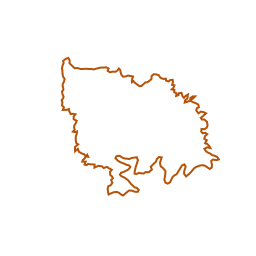 Diamante do Sul, Paraná, Brazil, rotated 126°
{"feature_id": "56859067B73289338491032", "entity_name": "Diamante do Sul", "entity_type": "district", "adm_level": 2, "iso_a3": "BRA", "parent_name": "Brazil", "parent_adm1": "Paraná", "projection": "mercator", "projection_center": [-52.698, -24.994], "detail": "fine", "context": "isolated", "style": "outline", "palette": "amber", "viewbox_px": 256, "rotation_deg": 126, "n_neighbors": 0, "source": "geoboundaries", "source_scale": "gbopen_adm2", "svg_char_len": 3519}
<svg xmlns="http://www.w3.org/2000/svg" viewBox="0 0 256 256"><g transform="rotate(126 128 128)"><path d="M95.8,49.6L94.7,52.0L94.3,54.7L95.1,56.6L93.5,57.0L91.6,57.1L91.9,60.0L89.3,60.9L86.4,60.3L86.5,62.7L88.3,64.3L87.9,66.6L85.5,68.0L84.2,65.6L81.5,64.5L79.2,65.1L76.6,67.7L76.3,71.4L77.7,73.1L77.0,75.1L75.0,74.5L72.4,74.0L70.3,73.5L70.6,75.8L71.8,78.6L74.7,79.6L73.7,83.1L71.5,83.9L69.5,82.9L67.7,85.0L68.2,88.2L69.1,91.3L69.1,93.8L71.9,95.4L74.1,97.1L72.2,98.0L69.3,97.3L65.7,99.2L68.7,100.4L70.8,100.4L70.3,102.5L68.1,105.4L70.0,107.3L71.8,106.5L73.8,107.9L71.4,109.1L71.9,111.7L69.9,112.9L71.1,115.3L68.7,114.9L66.2,115.5L67.2,117.7L64.5,118.5L62.8,120.1L64.2,122.0L66.4,122.4L67.3,125.0L65.8,126.4L67.5,128.1L68.3,131.2L67.2,134.3L68.3,137.1L69.5,138.9L72.1,139.4L74.7,137.8L77.5,138.5L79.6,139.2L81.0,140.8L86.1,141.8L87.4,143.3L87.4,145.7L87.4,148.9L86.8,151.1L88.6,151.7L87.0,153.0L83.4,154.2L85.6,158.9L87.6,160.1L89.4,162.1L88.9,164.5L87.4,166.6L85.6,168.3L85.3,170.4L87.4,170.3L89.9,171.2L91.3,173.4L93.6,175.5L93.7,178.1L91.3,178.6L91.7,181.3L93.5,183.3L95.0,185.5L97.1,187.2L98.8,188.7L100.9,190.3L101.7,192.3L103.3,194.4L104.7,196.7L108.1,200.9L109.2,204.2L111.0,206.3L110.3,211.4L109.9,213.5L107.6,214.9L106.4,217.5L108.6,219.0L112.0,219.9L113.2,218.3L115.8,217.7L118.5,216.5L120.1,214.8L121.8,213.5L123.5,212.0L124.7,210.6L125.5,208.1L128.2,207.0L130.5,206.7L132.1,205.9L133.7,203.9L135.2,202.7L137.2,202.9L139.1,201.0L140.4,198.6L142.3,197.9L144.5,198.0L146.0,196.0L148.5,194.7L148.9,192.0L151.7,191.4L149.3,188.2L147.4,186.9L148.9,185.5L150.4,182.6L148.9,180.9L147.8,178.6L150.9,178.6L152.8,177.1L152.3,173.7L154.9,173.1L157.5,172.9L159.1,172.1L160.6,170.2L163.3,170.4L162.4,168.3L160.8,167.3L162.8,166.0L165.3,165.4L168.6,163.1L170.6,161.0L170.5,158.7L174.6,159.7L177.9,157.2L174.3,156.3L176.1,153.8L175.7,150.1L175.0,148.0L175.7,145.4L178.5,145.2L180.3,145.7L182.1,145.2L180.1,142.5L183.1,141.6L182.3,139.6L180.6,139.2L179.5,137.2L177.2,133.5L179.8,131.9L178.1,130.9L176.1,129.8L174.3,126.5L174.7,124.1L171.8,122.2L171.8,119.7L171.3,116.6L174.1,116.8L176.4,114.8L176.6,112.4L177.5,110.7L180.0,111.1L181.5,108.4L184.6,108.4L186.6,109.7L188.9,108.9L191.5,106.6L193.2,104.6L189.9,102.8L188.4,101.8L186.4,99.6L185.7,97.3L185.9,94.5L185.5,92.3L182.3,91.6L178.0,90.4L176.4,88.1L175.8,85.8L175.0,84.0L173.9,82.6L171.8,82.9L171.3,86.0L172.2,87.7L171.4,93.1L170.2,97.3L170.2,101.7L170.9,105.0L170.5,107.1L168.4,107.4L165.8,105.5L161.5,103.4L159.8,103.1L158.0,103.3L157.7,105.5L158.6,107.3L159.1,110.2L160.1,113.6L160.4,116.6L159.8,120.4L158.0,120.8L156.5,119.9L155.4,118.2L155.3,115.5L154.7,112.9L153.7,111.3L152.5,108.8L150.2,107.5L146.5,103.7L148.2,101.1L150.6,100.2L155.4,98.7L157.8,97.6L159.6,96.9L161.1,95.8L160.2,94.1L157.8,92.7L156.9,90.6L155.6,88.6L153.4,87.9L151.6,85.2L147.6,84.2L146.0,86.8L143.3,86.4L139.0,85.6L135.9,86.4L133.3,85.9L132.0,83.5L137.5,81.6L139.8,79.0L139.9,75.9L140.8,72.4L143.8,70.5L148.6,68.1L150.2,65.6L149.7,63.2L147.2,62.1L141.4,63.1L139.3,62.7L136.8,61.5L130.6,62.0L126.6,62.3L124.3,61.0L125.3,58.7L128.1,57.8L130.6,56.8L132.2,55.5L133.0,52.5L128.8,51.5L126.6,51.1L124.3,51.0L121.6,50.8L119.3,49.9L116.2,47.8L114.3,45.9L113.3,43.6L113.1,37.8L110.7,37.0L108.5,38.4L105.8,41.3L103.8,40.9L101.7,37.2L100.0,36.1L99.0,38.9L99.4,41.1L100.4,43.9L100.4,46.4L100.9,48.9L101.0,51.1L99.9,54.0L97.1,52.6L95.8,49.6ZM175.7,145.4L173.6,145.3L174.7,143.3L175.7,145.4ZM69.1,93.8L66.1,92.8L63.0,92.3L64.3,94.1L67.1,95.2L69.1,93.8Z" fill="none" stroke="#b45309" stroke-width="2"/></g></svg>